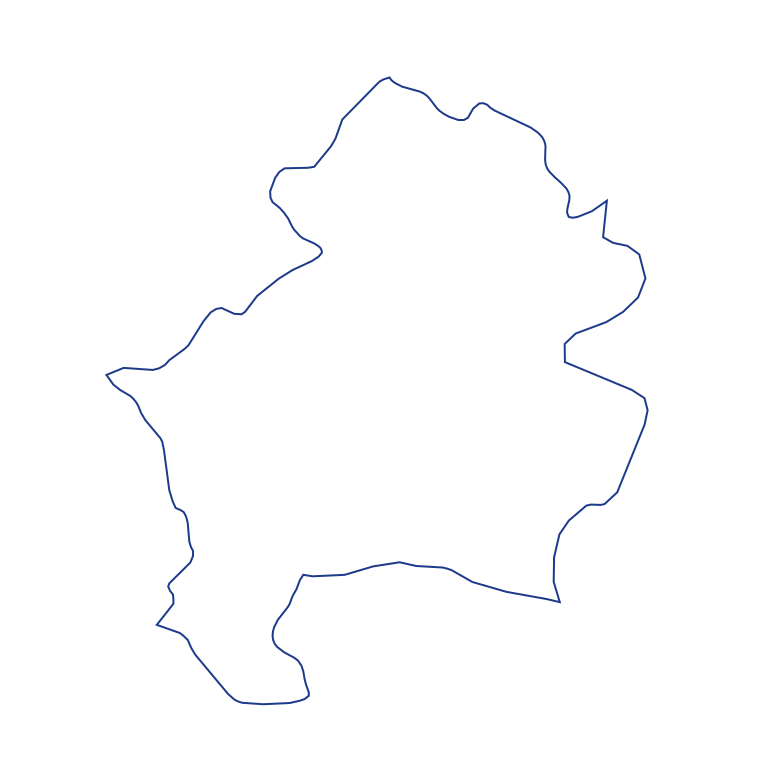 Isernia, Robinson projection, rotated 352°
{"feature_id": "ITA-5402", "entity_name": "Isernia", "entity_type": "Province", "adm_level": 1, "iso_a3": "ITA", "parent_name": "Italy", "parent_adm1": "", "projection": "robinson", "projection_center": [14.21, 41.647], "detail": "fine", "context": "isolated", "style": "outline", "palette": "blue", "viewbox_px": 768, "rotation_deg": 352, "n_neighbors": 0, "source": "natural_earth", "source_scale": "10m", "svg_char_len": 2498}
<svg xmlns="http://www.w3.org/2000/svg" viewBox="0 0 768 768"><g transform="rotate(352 384 384)"><path d="M630.2,233.5L621.4,269.1L630.5,276.1L644.3,281.1L654.8,291.2L657.6,315.8L647.6,333.7L630.7,345.9L612.8,353.6L580.8,360.7L568.5,369.5L566.2,387.5L628.8,424.5L640.0,434.3L641.4,446.7L636.5,460.3L599.9,523.7L585.7,533.6L581.7,533.9L572.1,532.2L567.4,532.6L548.1,544.9L536.8,557.3L528.3,579.3L524.5,603.6L527.7,624.5L515.7,619.8L476.4,606.9L444.0,592.4L425.1,577.8L421.3,575.8L416.6,573.9L390.5,568.7L374.6,562.7L347.9,563.1L318.4,567.5L286.5,564.5L277.5,561.7L273.3,566.7L268.7,575.1L263.9,581.3L259.9,588.8L257.3,591.9L245.9,602.9L241.3,609.7L239.6,613.7L238.6,617.8L238.6,622.1L239.6,626.0L241.6,629.5L247.9,635.9L256.9,642.5L260.4,646.0L263.1,651.7L264.1,657.5L264.3,665.1L264.9,670.5L266.6,678.9L266.2,682.2L261.7,684.9L256.8,685.9L246.3,686.8L219.7,684.3L199.4,680.0L195.4,678.1L192.0,675.8L186.4,669.2L159.5,625.9L156.3,618.3L154.1,610.2L150.5,605.6L147.2,602.2L125.5,590.9L144.8,572.4L145.5,568.2L145.7,563.0L143.4,559.2L142.1,554.5L143.7,551.5L167.3,533.9L170.9,527.8L171.7,522.7L170.2,518.9L169.3,513.1L170.3,494.2L169.6,487.8L167.9,483.1L165.2,480.7L160.4,477.7L158.4,470.7L156.6,459.4L156.9,419.1L156.4,410.3L155.0,406.5L142.6,386.5L139.5,379.1L137.4,370.8L135.8,367.2L133.7,363.7L131.3,360.7L121.9,353.2L116.0,347.1L110.4,336.4L128.4,331.8L157.0,337.9L163.4,337.2L169.6,334.7L174.9,330.4L191.4,321.5L195.8,318.4L214.1,296.6L222.4,288.9L228.3,286.3L233.6,286.1L245.6,293.7L252.7,295.1L256.5,293.2L270.7,279.1L294.5,265.0L309.3,258.4L329.4,252.3L336.8,248.9L340.8,245.3L340.8,242.7L339.8,240.1L337.6,237.7L334.6,235.2L324.0,228.5L321.2,225.6L316.7,219.0L315.0,215.5L312.0,206.5L308.8,200.4L305.2,195.1L298.9,188.3L297.5,183.7L298.1,177.3L304.9,164.7L309.9,159.4L315.6,156.6L338.8,159.3L345.1,159.2L364.3,141.5L366.9,138.4L370.2,134.0L379.5,116.3L381.2,115.0L381.3,114.9L421.5,84.0L425.9,82.3L432.1,81.2L433.6,84.1L435.3,86.0L437.3,87.8L443.4,92.1L460.1,99.4L463.5,101.6L466.4,104.3L468.7,107.4L474.6,118.0L476.9,121.1L480.6,124.6L485.4,128.3L494.3,132.9L499.9,133.7L504.1,132.1L510.6,123.7L517.5,119.4L521.6,119.8L525.1,121.9L527.9,125.4L531.9,128.8L565.0,150.5L570.8,155.9L573.3,158.9L575.3,162.2L576.6,166.1L577.1,170.5L574.7,184.5L574.7,189.2L575.6,193.3L577.4,196.9L582.2,203.4L587.2,209.3L591.8,215.7L593.3,219.5L593.9,223.5L593.1,227.7L590.0,235.9L589.1,239.9L590.2,244.3L593.9,245.6L598.9,245.5L614.0,241.8L630.2,233.5Z" fill="none" stroke="#1e3a8a" stroke-width="2"/></g></svg>